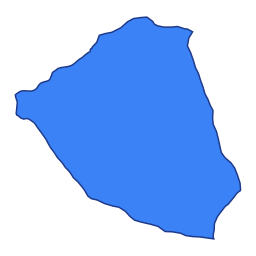 Radi, Tashigang, Bhutan
{"feature_id": "84629894B49132822130738", "entity_name": "Radi", "entity_type": "district", "adm_level": 2, "iso_a3": "BTN", "parent_name": "Bhutan", "parent_adm1": "Tashigang", "projection": "robinson", "projection_center": [91.705, 27.357], "detail": "fine", "context": "isolated", "style": "filled", "palette": "blue", "viewbox_px": 256, "rotation_deg": 0, "n_neighbors": 0, "source": "geoboundaries", "source_scale": "gbopen_adm2", "svg_char_len": 1791}
<svg xmlns="http://www.w3.org/2000/svg" viewBox="0 0 256 256"><path d="M15.4,94.7L15.5,96.4L17.3,102.2L16.6,109.6L16.2,113.4L16.7,115.0L17.8,115.4L21.0,118.1L23.7,119.1L25.6,118.7L27.7,118.6L29.7,119.6L34.4,122.9L37.7,127.8L41.5,132.9L45.9,139.1L48.4,143.9L50.4,147.4L51.3,148.7L53.6,151.6L57.7,157.9L62.0,162.5L63.1,164.1L65.4,167.5L68.4,170.5L70.8,173.5L73.4,177.7L77.9,181.9L81.6,186.3L84.4,190.0L87.9,196.1L91.4,198.7L96.9,199.9L104.5,203.5L113.1,206.1L118.9,207.2L125.2,211.2L130.4,216.8L132.4,218.4L134.5,220.1L139.7,221.7L145.0,223.0L149.6,224.0L157.9,226.3L165.1,231.5L172.3,231.8L175.3,232.3L180.9,233.3L185.8,235.6L193.0,236.6L199.6,236.9L209.0,238.2L213.8,238.9L213.1,236.7L213.4,233.4L214.2,230.1L214.3,226.7L214.3,225.6L214.5,223.4L215.9,220.2L217.2,217.0L219.9,213.2L221.9,210.6L225.1,206.5L228.2,204.2L231.3,200.4L233.8,197.4L236.5,193.7L238.7,191.7L240.1,190.9L240.6,189.8L240.0,183.0L237.6,175.6L234.7,168.1L231.0,162.9L224.9,157.6L221.3,152.5L219.8,145.8L218.3,139.0L216.4,131.4L213.2,124.5L212.6,118.1L213.0,110.6L210.1,105.0L207.8,99.1L204.9,93.8L203.0,87.0L200.6,80.5L198.4,73.4L195.5,67.7L193.5,60.9L190.7,52.9L187.4,45.9L188.8,38.1L192.6,31.8L187.5,29.1L184.2,28.7L177.6,26.5L171.6,27.1L163.5,27.1L157.6,25.8L154.3,24.1L152.7,21.4L146.9,17.1L140.3,17.6L133.4,18.6L127.5,21.8L120.8,27.8L111.8,32.3L105.1,33.6L99.3,35.3L96.8,42.3L92.2,47.2L91.7,48.5L90.5,49.1L90.0,51.7L87.9,52.8L86.8,53.7L85.4,54.7L82.6,57.2L81.4,58.0L78.9,59.6L74.7,63.3L71.4,65.5L68.6,66.4L63.1,67.3L61.3,67.5L58.0,68.5L56.3,69.8L55.4,70.5L53.2,71.9L52.1,73.2L51.9,74.4L50.1,78.9L49.1,80.1L48.0,80.8L42.7,82.3L40.5,83.3L39.0,84.9L36.7,88.3L35.0,89.8L33.1,90.6L31.2,91.1L25.9,90.9L23.8,90.7L21.9,91.0L20.4,91.3L18.7,92.4L17.5,93.1L15.4,94.7Z" fill="#3b82f6" stroke="#1e3a8a" stroke-width="1.5"/></svg>